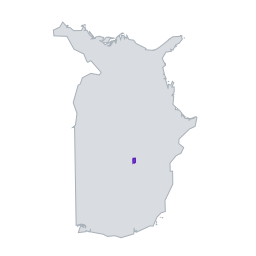 Fremont, Colorado, United States of America (highlighted), rotated 267°
{"feature_id": "52423323B14267745196837", "entity_name": "Fremont", "entity_type": "district", "adm_level": 2, "iso_a3": "USA", "parent_name": "United States of America", "parent_adm1": "Colorado", "projection": "albers", "projection_center": [-105.647, 38.478], "detail": "fine", "context": "in_parent", "style": "filled", "palette": "violet", "viewbox_px": 256, "rotation_deg": 267, "n_neighbors": 0, "source": "geoboundaries", "source_scale": "gbopen_adm2", "svg_char_len": 3984}
<svg xmlns="http://www.w3.org/2000/svg" viewBox="0 0 256 256"><g transform="rotate(267 128 128)"><path d="M209.5,78.2L222.7,71.8L223.9,58.9L229.6,58.6L232.4,65.2L237.2,68.3L232.7,72.1L233.0,73.4L231.5,72.2L231.3,75.4L228.0,78.9L227.8,86.6L231.2,88.5L232.6,87.5L231.7,86.5L232.4,86.8L233.1,88.2L229.0,90.9L227.6,89.7L227.9,92.0L222.8,94.5L219.7,98.6L219.6,96.9L218.9,96.1L219.1,100.1L220.4,100.3L221.1,103.6L219.7,108.5L216.0,107.0L216.9,103.9L215.5,106.3L217.2,108.8L219.0,110.0L219.8,111.7L218.4,119.4L218.1,114.9L214.2,112.0L214.6,107.4L212.3,109.5L215.2,115.2L212.0,114.2L211.1,114.7L211.4,112.5L211.1,112.0L210.7,113.8L211.0,115.0L215.8,116.0L215.3,117.4L212.8,115.9L212.0,115.8L215.1,117.6L216.2,117.7L216.1,119.4L214.5,118.7L217.1,120.3L216.8,120.8L215.5,119.9L212.8,120.2L216.6,121.4L218.5,120.7L222.3,125.5L219.2,121.9L220.6,124.5L216.7,125.1L220.2,126.9L221.3,125.7L220.4,128.8L216.6,129.1L219.2,129.7L217.7,131.5L220.2,131.7L216.3,133.6L215.4,138.3L211.9,140.6L206.5,150.1L205.3,149.5L204.2,157.0L204.4,158.8L207.0,163.6L216.7,177.2L216.9,185.7L214.1,187.0L210.0,183.5L208.6,180.1L203.4,177.0L204.3,174.8L202.3,175.4L201.8,169.9L195.8,165.8L188.7,168.7L186.7,165.9L179.4,167.2L180.1,165.8L179.0,167.3L175.8,168.5L175.3,166.1L175.1,167.9L165.1,170.1L169.6,170.6L168.5,173.1L172.2,174.7L170.7,176.1L166.6,173.9L166.7,176.2L161.6,176.0L158.3,173.6L156.8,175.3L149.2,174.1L145.3,177.7L146.3,176.8L143.9,176.2L143.2,180.2L138.9,183.2L139.9,182.3L136.9,182.2L138.1,183.4L134.7,185.4L133.8,189.8L132.1,189.3L133.6,190.3L134.2,194.2L135.8,196.4L134.9,197.4L126.1,195.1L123.8,189.4L114.3,178.4L109.7,177.9L105.6,182.6L100.2,179.7L97.7,174.4L90.7,168.1L82.6,167.9L82.6,170.3L69.6,169.8L53.5,161.1L42.6,160.9L41.6,156.7L37.5,152.3L28.7,147.9L29.1,145.0L23.5,131.0L24.0,129.7L25.2,131.6L24.7,128.7L28.0,129.0L21.9,128.2L18.8,115.3L21.1,109.3L20.8,101.8L23.2,97.6L26.4,84.6L29.2,85.5L26.2,84.2L27.7,80.8L26.7,80.7L26.1,72.9L32.7,75.5L30.7,79.2L33.4,76.8L32.6,80.0L30.9,80.5L32.0,80.9L33.5,79.8L34.5,76.5L33.5,71.1L131.6,74.7L131.4,72.7L133.7,75.7L145.3,77.8L156.2,74.6L173.3,80.4L174.5,82.6L180.6,85.1L184.5,93.8L182.5,102.1L184.9,104.1L197.2,94.5L195.7,91.3L196.8,90.3L204.2,87.7L209.5,78.2ZM224.9,95.4L227.0,94.1L219.8,99.2L225.5,94.2L224.9,95.4ZM33.5,74.4L34.1,76.6L33.9,76.9L33.0,75.1L33.5,74.4ZM135.6,195.8L134.2,192.4L134.1,190.5L134.5,192.5L135.6,195.8ZM233.4,72.1L233.7,73.1L233.3,73.1L233.4,72.1ZM158.6,174.6L158.9,175.4L158.0,174.8L158.6,174.6ZM31.8,151.7L32.9,151.4L33.0,151.5L31.8,151.7ZM30.7,151.2L30.2,151.7L29.9,151.1L30.7,151.2ZM231.1,90.3L230.7,91.2L231.1,90.3ZM134.6,188.6L134.1,190.2L135.4,187.1L134.6,188.6ZM213.7,172.7L215.6,175.3L213.4,172.4L213.7,172.7ZM36.9,155.1L37.3,156.0L36.9,155.1L36.9,155.1ZM217.5,186.0L216.8,187.2L217.8,184.8L217.5,186.0ZM223.2,127.3L222.7,128.8L222.5,125.7L223.2,127.3ZM32.9,72.5L32.8,73.1L32.4,72.7L32.9,72.5ZM138.2,184.1L136.6,184.9L138.2,183.8L138.2,184.1ZM233.3,89.7L233.6,90.5L232.8,90.6L233.3,89.7ZM36.6,157.4L36.8,158.5L36.4,157.5L36.6,157.4ZM136.3,185.6L135.7,186.0L136.2,185.3L136.3,185.6ZM219.8,113.1L219.4,115.0L219.8,112.4L219.8,113.1ZM144.9,178.5L143.9,179.2L145.3,178.0L144.9,178.5ZM204.6,157.8L204.8,159.1L204.4,158.2L204.6,157.8ZM220.6,131.8L220.3,132.1L221.0,130.9L220.6,131.8ZM191.3,167.9L190.2,168.8L189.7,168.8L191.3,167.9ZM175.3,168.3L175.1,168.6L174.4,168.7L175.3,168.3ZM207.2,180.5L207.6,181.4L207.0,180.4L207.2,180.5ZM172.4,170.7L172.4,171.6L172.1,170.1L172.4,170.7ZM215.2,188.9L214.5,189.1L215.4,188.6L215.2,188.9ZM221.1,104.2L220.9,105.1L221.1,103.8L221.1,104.2ZM222.0,129.3L221.7,129.7L222.0,129.3Z" fill="#d9dde1" stroke="#a8b0b8" stroke-width="1"/><path d="M97.3,132.3L97.3,131.6L96.8,131.5L96.7,131.6L96.1,131.6L96.0,131.3L95.6,131.3L93.4,131.3L93.0,131.3L93.2,131.5L93.3,131.7L93.4,131.8L93.3,132.0L93.2,132.3L92.8,132.6L92.9,132.8L93.1,132.9L93.1,133.0L93.3,133.2L93.4,133.3L93.5,133.5L96.7,133.6L96.8,133.6L97.3,133.6L97.3,133.0L97.3,132.3Z" fill="#8b5cf6" stroke="#5b21b6" stroke-width="1.5"/></g></svg>